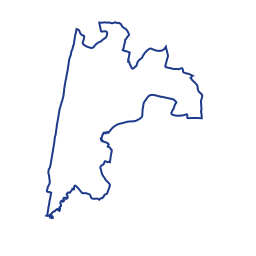 Sissili, Sissili, Burkina Faso, rotated 100°
{"feature_id": "67063806B75900195473972", "entity_name": "Sissili", "entity_type": "district", "adm_level": 2, "iso_a3": "BFA", "parent_name": "Burkina Faso", "parent_adm1": "Sissili", "projection": "orthographic", "projection_center": [-2.154, 11.45], "detail": "fine", "context": "isolated", "style": "outline", "palette": "blue", "viewbox_px": 256, "rotation_deg": 100, "n_neighbors": 0, "source": "geoboundaries", "source_scale": "gbopen_adm2", "svg_char_len": 5869}
<svg xmlns="http://www.w3.org/2000/svg" viewBox="0 0 256 256"><g transform="rotate(100 128 128)"><path d="M26.3,159.5L26.9,160.0L27.1,160.5L27.6,162.0L27.4,165.1L27.8,166.4L28.0,167.8L28.0,169.5L28.5,170.7L29.0,172.8L29.2,174.6L36.4,171.8L37.5,171.3L37.6,171.1L37.6,170.6L36.7,167.3L36.7,166.4L36.9,165.9L37.3,165.4L38.2,165.0L40.4,164.9L42.1,165.2L43.0,165.8L45.7,168.4L47.4,169.7L48.9,172.0L50.5,173.6L52.4,174.9L54.1,175.8L55.3,177.0L55.4,177.4L55.6,178.5L55.0,182.6L54.4,184.3L53.4,186.5L53.1,186.9L52.0,187.4L50.9,187.3L48.8,187.0L46.4,186.9L45.2,187.2L44.8,187.5L44.7,188.9L44.0,190.3L43.4,191.1L42.8,191.6L40.6,192.9L39.9,193.9L39.6,194.7L39.5,195.8L41.1,195.8L41.6,196.0L42.1,195.8L45.3,196.1L55.1,195.9L57.2,196.3L59.6,196.4L63.0,197.1L63.5,197.0L66.5,197.1L68.3,197.5L70.3,197.8L80.9,197.5L87.6,197.6L90.1,197.5L91.8,197.7L95.5,197.7L101.1,197.6L103.9,197.3L106.3,197.3L107.1,197.1L110.1,197.4L112.8,197.5L114.6,198.0L115.6,197.9L121.3,198.6L135.5,198.5L137.0,198.7L137.5,198.5L147.7,198.1L149.4,198.5L154.2,198.1L175.2,197.9L180.3,198.0L181.6,198.5L182.4,198.9L186.1,198.7L188.0,197.7L194.4,195.7L196.4,195.6L198.6,196.2L200.0,196.8L200.7,196.7L204.2,197.0L204.7,196.5L205.0,195.1L204.7,194.0L204.8,193.1L205.1,192.4L212.9,192.5L214.6,192.6L216.5,192.4L219.6,192.6L223.4,192.4L227.8,192.5L228.5,193.1L228.6,191.9L228.2,191.2L227.7,190.7L227.7,190.3L228.5,189.6L229.6,189.4L229.6,188.5L229.2,187.9L229.2,187.7L229.3,187.5L229.9,187.3L229.7,186.9L229.7,186.6L229.1,186.7L228.7,186.6L228.0,187.3L228.0,188.0L227.8,188.5L227.4,188.9L226.6,189.1L226.1,189.0L225.7,188.4L225.4,188.1L224.3,187.8L223.1,186.7L222.9,186.3L222.8,185.7L222.2,185.6L221.6,184.9L220.3,183.9L220.0,183.4L220.0,182.7L220.3,182.6L220.9,182.6L221.1,182.3L221.5,181.2L221.2,181.0L219.7,180.8L218.3,181.3L218.1,181.7L217.5,181.5L216.7,180.6L216.2,180.4L215.1,180.7L214.4,181.4L213.7,181.6L213.0,181.5L212.7,181.6L212.0,181.4L211.3,180.9L211.2,180.7L211.1,180.3L211.2,180.0L211.9,179.6L211.8,179.3L211.0,178.5L210.3,178.3L209.3,179.3L209.0,179.3L208.8,179.4L208.3,179.0L208.0,179.0L207.6,178.7L207.7,177.0L207.9,176.8L208.5,176.7L208.4,176.2L207.8,175.6L207.2,175.6L207.0,175.4L206.8,175.3L206.2,175.9L205.1,175.8L204.7,176.0L204.2,176.9L203.4,176.8L203.2,176.6L202.6,176.4L202.1,176.1L201.9,175.7L201.8,175.1L202.0,174.3L201.4,173.7L200.3,173.3L199.6,172.8L198.5,172.3L197.5,172.2L197.5,171.8L197.9,171.2L197.9,170.7L197.7,170.5L196.7,170.6L196.3,170.8L195.5,170.8L194.7,170.6L194.2,170.5L193.9,170.1L194.1,169.9L194.2,169.3L194.9,168.1L195.8,166.8L199.1,163.0L200.0,161.8L200.1,160.8L199.8,160.2L199.6,159.0L199.6,157.3L200.0,154.5L200.6,153.7L201.1,153.2L202.6,152.5L203.4,151.8L203.7,151.1L203.6,149.0L202.9,146.4L203.0,145.0L203.6,143.9L202.8,143.4L202.6,143.1L202.3,142.9L201.6,141.9L201.6,141.3L201.2,141.1L200.8,140.6L200.3,140.5L199.9,140.0L199.1,140.0L198.2,139.7L197.8,139.4L197.6,138.9L197.0,138.3L196.6,137.5L196.0,137.2L192.2,136.5L188.5,135.9L187.3,135.9L186.8,136.1L186.1,136.8L185.4,137.6L182.9,141.1L181.2,142.5L179.2,144.5L177.7,145.6L176.1,146.4L174.1,147.3L172.1,148.3L171.3,148.4L170.3,148.1L169.9,147.9L168.3,146.1L167.6,145.6L167.2,145.6L166.3,145.3L165.2,145.1L164.7,144.9L164.8,143.8L165.2,142.4L165.1,141.9L164.5,140.9L164.8,139.9L157.5,140.1L153.3,140.0L152.2,140.4L152.0,141.1L150.6,142.3L150.2,142.8L149.9,144.7L148.4,144.5L147.7,144.1L147.3,144.4L146.8,144.9L146.4,145.6L146.2,146.4L146.1,147.1L145.9,147.6L145.5,151.2L145.1,152.0L144.4,152.2L144.4,151.3L143.5,152.2L143.6,152.8L143.3,153.0L142.9,153.0L141.7,152.1L140.5,152.1L139.1,151.9L138.7,151.5L138.2,151.5L137.8,151.2L137.1,151.3L136.7,150.9L136.9,149.8L137.1,149.5L137.1,148.9L136.4,148.9L135.8,148.5L135.6,148.1L135.6,147.6L136.1,147.0L136.2,146.5L133.0,144.8L130.7,143.4L128.9,141.9L126.9,139.7L125.5,137.6L124.2,134.4L122.2,130.2L121.7,129.1L120.2,122.9L119.8,121.8L117.0,118.1L115.2,116.6L114.2,116.2L113.2,116.1L106.6,116.9L105.8,116.8L101.1,116.9L100.4,116.8L99.0,116.3L97.2,115.4L95.2,114.5L93.7,113.7L92.8,113.0L91.8,111.8L91.5,111.0L91.2,110.1L91.0,107.6L91.5,101.4L91.4,99.5L91.8,90.1L92.1,87.6L93.5,85.9L93.9,85.1L94.5,84.8L95.2,85.0L95.7,85.4L96.4,85.7L97.9,86.1L98.6,86.0L99.5,86.3L101.1,86.4L102.0,87.0L105.6,87.9L106.1,87.8L106.5,87.5L106.8,87.4L107.2,86.5L107.5,83.5L107.3,80.8L106.1,76.3L105.6,75.1L104.3,72.8L104.4,72.2L104.6,72.0L105.1,71.8L107.2,71.5L107.8,71.2L107.9,70.7L107.3,68.0L106.0,60.8L105.6,57.1L104.3,57.2L103.2,57.7L101.4,57.9L100.5,58.6L99.4,58.7L98.8,59.1L97.3,58.8L89.5,60.7L88.7,60.8L84.6,60.4L82.9,60.6L82.5,60.8L81.4,62.0L80.7,63.5L79.5,64.9L77.8,65.9L74.4,67.0L73.4,67.8L71.5,70.3L70.0,72.6L69.4,73.4L68.4,74.3L67.9,75.0L67.6,74.6L67.0,74.4L66.5,74.4L65.4,73.8L65.3,73.6L65.0,74.5L64.2,77.3L64.0,80.6L63.7,82.8L63.4,83.2L62.9,83.5L60.9,84.2L60.1,84.7L59.8,85.1L59.8,85.7L60.0,86.1L61.3,88.2L61.4,88.8L61.3,90.4L61.7,91.6L62.0,93.2L61.7,96.4L61.7,99.0L61.5,101.2L61.2,101.7L60.8,102.0L60.3,102.0L56.0,101.6L54.9,101.6L50.7,101.1L49.7,101.2L45.6,103.0L43.3,104.1L41.4,104.8L44.0,106.0L45.5,107.5L46.2,108.9L46.8,111.3L46.8,113.9L46.4,116.6L45.8,118.9L45.9,119.9L46.1,120.4L46.5,120.8L48.2,122.5L50.8,124.3L54.2,125.8L56.3,126.3L59.4,129.0L61.3,129.9L62.5,130.2L65.0,130.4L65.9,131.0L66.3,131.6L67.1,131.9L68.7,133.5L68.8,134.0L68.5,134.2L67.4,135.5L65.7,136.5L64.9,137.3L63.2,138.0L63.1,138.4L62.8,138.7L62.9,139.1L62.7,139.5L62.3,139.6L61.7,139.2L61.3,139.1L61.1,139.1L60.3,139.8L58.4,139.4L58.2,139.5L55.5,139.4L54.9,139.6L53.6,139.3L53.4,139.5L53.4,139.8L53.1,140.7L52.9,141.3L52.7,143.5L52.7,144.7L52.4,146.3L52.0,146.8L50.5,146.2L48.9,146.2L48.4,146.3L43.5,145.9L41.8,146.1L41.2,145.7L39.6,144.9L39.0,144.8L37.1,143.6L36.3,143.2L36.0,143.1L33.5,144.7L31.7,146.3L31.0,147.2L29.7,150.5L28.4,151.9L26.9,152.9L26.9,153.2L26.1,154.9L26.2,155.7L26.4,156.1L26.6,157.1L26.3,157.6L26.2,158.2L26.1,159.0L26.3,159.5Z" fill="none" stroke="#1e3a8a" stroke-width="2"/></g></svg>